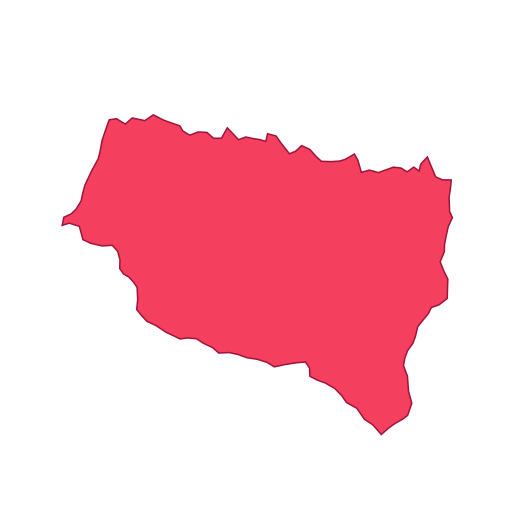 outline of São João de Iracema, São Paulo, Brazil, rotated 15°
{"feature_id": "56859067B93293493081194", "entity_name": "São João de Iracema", "entity_type": "district", "adm_level": 2, "iso_a3": "BRA", "parent_name": "Brazil", "parent_adm1": "São Paulo", "projection": "orthographic", "projection_center": [-50.356, -20.525], "detail": "fine", "context": "isolated", "style": "filled", "palette": "rose", "viewbox_px": 512, "rotation_deg": 15, "n_neighbors": 0, "source": "geoboundaries", "source_scale": "gbopen_adm2", "svg_char_len": 1819}
<svg xmlns="http://www.w3.org/2000/svg" viewBox="0 0 512 512"><g transform="rotate(15 256 256)"><path d="M235.5,134.9L235.8,142.7L229.5,142.6L223.3,143.3L215.3,143.7L209.0,148.2L203.1,144.5L195.1,139.6L192.2,151.1L184.6,153.3L176.6,149.3L168.1,151.1L160.8,156.4L153.2,154.3L148.7,150.0L138.7,149.3L131.1,148.6L120.3,146.2L113.6,154.0L100.7,154.7L95.6,162.4L85.7,159.5L79.0,162.4L78.4,169.1L77.4,183.9L78.4,196.6L78.4,203.0L75.1,216.8L72.4,231.9L72.4,240.9L72.8,248.1L70.1,257.3L66.5,263.2L60.3,268.4L60.9,276.6L67.1,272.6L77.7,273.1L84.6,285.0L93.0,286.5L104.8,286.1L114.4,282.9L121.3,287.4L125.6,294.9L127.6,303.4L132.6,307.6L138.7,309.3L144.0,312.6L149.3,317.1L153.0,328.8L154.6,338.6L160.9,343.2L167.6,347.4L177.5,349.1L188.6,352.9L196.9,354.4L204.1,355.8L211.1,352.9L220.0,351.3L226.9,353.7L238.1,355.8L245.1,359.4L255.2,356.2L264.2,355.8L273.1,356.6L283.6,355.5L293.8,355.8L302.5,358.3L311.4,353.7L322.3,348.8L331.2,345.6L336.7,350.4L339.2,358.3L347.9,360.1L355.6,360.7L366.4,363.6L374.8,368.6L381.3,374.1L392.8,377.0L403.0,385.7L412.7,388.9L423.2,396.0L428.7,387.8L433.5,381.9L439.9,375.6L443.7,370.7L444.6,357.9L438.4,347.3L433.4,332.9L426.8,323.7L426.2,316.0L426.9,308.3L430.1,299.8L430.8,292.8L430.5,282.5L433.4,275.8L437.4,267.0L438.7,260.4L445.3,255.9L451.7,247.6L449.0,236.1L447.3,228.7L441.4,222.0L435.4,213.9L436.8,203.0L435.1,195.9L434.5,187.5L434.1,177.6L435.8,168.0L431.6,163.1L427.3,149.3L426.3,140.1L424.9,132.0L416.4,134.2L409.1,133.1L402.5,124.6L395.9,116.0L391.3,124.7L391.6,131.7L385.4,129.3L380.1,135.6L373.4,133.5L365.8,134.6L352.7,143.7L343.3,143.7L336.1,147.9L329.8,137.4L324.7,132.0L317.3,139.5L312.1,142.7L304.1,145.4L294.6,147.6L288.3,144.3L280.4,139.1L271.4,137.6L267.2,144.5L261.9,148.6L250.6,140.2L244.4,134.9L235.5,134.9Z" fill="#f43f5e" stroke="#9f1239" stroke-width="1.5"/></g></svg>